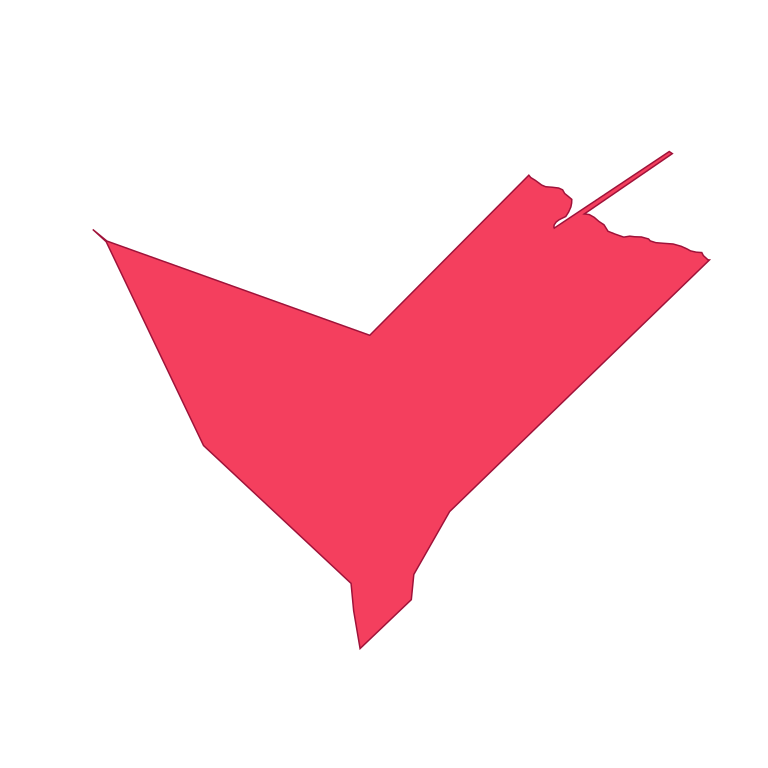 the district of Mengellang, Palau, rotated 187°
{"feature_id": "81905179B37615107776552", "entity_name": "Mengellang", "entity_type": "district", "adm_level": 2, "iso_a3": "PLW", "parent_name": "Palau", "parent_adm1": "", "projection": "orthographic", "projection_center": [134.628, 7.695], "detail": "fine", "context": "isolated", "style": "filled", "palette": "rose", "viewbox_px": 768, "rotation_deg": 187, "n_neighbors": 0, "source": "geoboundaries", "source_scale": "gbopen_adm2", "svg_char_len": 896}
<svg xmlns="http://www.w3.org/2000/svg" viewBox="0 0 768 768"><g transform="rotate(187 384 384)"><path d="M392.4,182.1L386.5,155.3L375.5,118.5L330.6,173.3L331.2,198.6L303.3,265.4L76.1,546.8L77.7,546.8L82.7,550.4L84.6,553.2L90.2,552.9L96.0,553.5L99.4,554.9L105.8,556.9L114.1,558.2L124.1,557.7L131.4,557.4L137.2,558.5L139.1,560.2L146.4,561.3L153.1,560.7L158.1,560.7L163.9,559.0L173.1,561.0L180.3,562.9L185.0,568.8L190.6,571.6L195.6,575.0L200.9,577.2L205.1,577.2L205.9,577.2L125.9,647.8L129.2,649.5L234.0,559.5L234.5,560.4L234.5,562.6L232.9,565.7L230.4,568.2L227.9,569.9L224.0,572.4L221.7,577.2L220.1,582.5L219.8,586.4L220.1,590.1L223.4,592.3L227.9,595.1L230.4,598.5L234.5,599.8L240.7,599.8L247.6,599.5L251.8,600.7L258.7,604.6L263.5,606.8L265.7,608.9L404.1,430.6L676.4,492.1L677.7,492.9L691.9,501.9L677.1,491.4L555.6,300.9L392.4,182.1Z" fill="#f43f5e" stroke="#9f1239" stroke-width="1.5"/></g></svg>